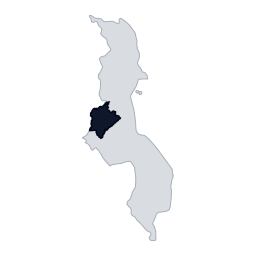 Kasungu, Kasungu, Malawi (highlighted)
{"feature_id": "42251766B4237185447418", "entity_name": "Kasungu", "entity_type": "district", "adm_level": 2, "iso_a3": "MWI", "parent_name": "Malawi", "parent_adm1": "Kasungu", "projection": "orthographic", "projection_center": [33.451, -12.996], "detail": "fine", "context": "in_parent", "style": "filled", "palette": "ink", "viewbox_px": 256, "rotation_deg": 0, "n_neighbors": 0, "source": "geoboundaries", "source_scale": "gbopen_adm2", "svg_char_len": 7346}
<svg xmlns="http://www.w3.org/2000/svg" viewBox="0 0 256 256"><path d="M97.7,149.8L96.1,147.7L94.9,148.2L93.2,149.7L92.2,150.1L91.7,150.0L91.4,149.7L91.0,148.7L89.7,146.0L88.2,144.1L86.6,143.3L85.3,142.5L85.9,141.6L86.5,141.0L86.2,140.3L85.5,139.4L82.6,138.1L82.6,137.5L85.1,136.3L86.7,134.9L87.7,133.6L89.1,130.7L90.2,127.8L91.0,126.8L91.3,124.9L91.1,122.7L91.6,120.0L91.9,117.4L91.1,116.3L90.3,114.6L91.2,111.6L92.5,109.5L98.8,107.4L103.2,105.4L104.1,104.6L105.6,102.9L106.4,101.3L105.8,100.8L102.4,100.7L101.5,100.1L99.0,94.4L100.4,87.9L100.5,85.3L100.5,82.1L100.1,79.8L99.0,78.8L98.3,77.6L98.5,74.2L99.5,73.8L101.7,69.3L102.7,66.6L101.5,64.5L100.2,61.5L99.6,59.6L99.3,58.9L100.2,57.7L101.7,56.6L103.3,56.3L105.1,55.7L110.7,50.1L110.7,49.0L109.7,47.2L107.6,44.3L107.2,43.2L106.9,39.8L106.1,38.7L103.0,36.5L100.7,34.0L101.4,31.6L101.8,28.9L100.7,27.5L98.9,25.9L97.9,23.7L97.4,22.1L96.0,21.4L94.7,21.4L93.8,22.4L92.8,22.3L91.6,22.0L91.2,20.6L91.2,19.0L90.3,18.0L89.5,16.5L89.4,15.7L89.9,15.5L91.0,15.4L95.5,18.3L98.2,18.4L101.2,19.0L103.8,21.5L105.2,21.9L106.9,21.5L111.8,21.3L113.7,21.6L116.3,23.1L117.3,23.4L118.8,23.4L119.1,23.0L119.3,22.1L119.0,20.3L119.4,19.3L120.3,18.3L123.0,19.5L129.7,25.2L129.9,25.9L134.1,31.5L135.5,33.9L135.5,35.1L136.8,40.0L137.0,42.3L136.7,44.1L136.8,45.4L137.3,47.4L137.1,48.3L138.6,51.2L139.3,53.7L139.5,56.1L139.1,58.4L137.7,61.8L137.5,63.2L137.8,64.4L138.6,65.8L140.0,67.3L141.1,69.1L141.9,71.1L142.5,72.1L143.2,72.1L144.7,72.4L145.8,73.6L147.1,75.6L147.5,78.0L147.7,79.0L143.9,78.9L139.2,79.3L138.0,80.2L137.6,82.2L136.1,86.4L135.3,87.9L133.5,90.7L131.0,94.7L130.5,96.0L130.6,97.3L132.0,102.7L133.5,108.4L134.0,110.6L135.1,118.2L135.7,123.5L135.7,126.6L136.2,130.8L137.6,133.1L139.0,134.5L144.3,135.4L145.9,136.5L148.9,139.1L155.5,146.6L159.1,151.3L162.2,155.5L167.8,163.2L172.2,169.2L172.7,174.9L173.4,175.7L171.9,179.8L170.8,186.5L171.5,191.0L171.1,198.6L170.2,206.7L169.2,209.6L167.9,210.7L164.8,211.5L158.0,212.5L157.0,213.4L156.1,215.0L154.8,218.7L153.1,222.4L152.6,224.0L152.9,224.4L154.3,226.4L155.7,231.3L155.9,239.7L155.4,240.3L153.4,240.6L151.3,240.5L150.4,240.0L149.6,239.1L149.1,237.3L150.5,236.1L151.0,233.9L150.1,232.0L148.3,231.6L146.0,229.8L141.2,224.2L137.1,220.2L134.8,216.9L132.4,215.6L131.7,214.8L131.1,213.4L131.1,211.5L131.3,210.0L130.6,208.3L128.1,205.8L127.0,204.4L127.0,202.7L128.0,201.0L130.1,199.1L131.7,195.0L132.3,192.4L135.3,187.2L135.7,182.7L135.8,179.0L135.7,176.3L134.9,170.7L134.4,166.9L130.8,161.8L129.6,161.3L126.1,161.8L123.1,162.5L121.6,163.5L119.3,163.6L113.4,164.5L111.6,164.8L110.5,165.7L109.9,165.9L106.2,162.0L103.0,157.8L98.8,150.6L97.7,149.8ZM140.8,94.5L139.8,94.7L139.2,94.2L139.3,92.6L139.7,91.5L140.7,91.3L141.4,91.6L141.9,92.1L141.9,93.0L141.6,93.8L140.8,94.5ZM138.6,91.6L138.0,93.2L136.9,93.1L135.8,91.8L136.1,90.7L137.2,90.4L138.1,90.8L138.6,91.6Z" fill="#d9dde1" stroke="#a8b0b8" stroke-width="1"/><path d="M111.8,126.0L111.7,125.8L111.8,125.4L112.1,125.4L112.3,125.2L112.5,125.2L112.8,124.9L113.0,124.7L113.5,124.5L113.4,124.1L113.5,123.9L113.5,123.7L113.9,123.5L114.0,123.4L114.3,123.0L114.6,122.9L114.7,123.0L114.9,123.0L114.9,122.9L115.0,122.9L115.3,122.7L115.2,122.5L115.2,122.3L115.1,122.1L115.2,121.9L115.6,121.8L115.8,121.6L116.1,121.6L116.3,121.7L116.5,121.5L116.5,121.4L117.1,121.2L117.3,120.8L117.6,120.7L117.8,120.6L118.1,120.5L118.3,119.7L118.5,119.4L118.8,119.3L119.0,119.3L119.1,119.2L119.3,119.0L119.4,118.9L119.8,118.7L120.0,118.6L120.3,118.5L120.4,118.0L120.1,117.8L119.8,117.7L119.7,117.5L119.6,117.4L119.4,117.3L119.3,117.1L119.2,117.1L119.0,116.6L118.9,116.2L117.9,115.7L116.9,115.6L116.5,115.6L116.4,115.6L116.1,115.5L116.0,115.2L115.9,115.1L115.7,115.1L115.4,115.1L115.2,114.8L115.0,114.6L115.1,114.3L115.2,114.1L115.2,113.8L115.2,113.7L115.4,113.5L115.3,113.3L115.3,113.2L115.2,113.1L115.2,112.9L115.3,112.8L115.3,112.7L115.5,112.3L115.6,112.2L115.6,111.8L115.5,111.7L115.1,111.7L114.8,111.7L114.5,111.7L114.5,111.9L114.3,111.9L114.1,111.7L113.9,111.5L113.8,111.4L113.9,111.2L113.7,111.1L113.3,111.1L113.2,111.1L113.0,111.3L112.7,111.3L112.4,111.5L112.0,112.0L111.6,112.2L111.4,112.3L111.2,112.4L110.9,112.4L110.7,112.6L109.8,111.8L109.7,111.2L109.0,110.4L108.6,110.6L108.2,110.9L107.7,109.9L107.6,108.5L107.7,108.2L107.9,108.0L108.1,107.8L108.4,107.6L108.4,107.3L108.3,107.2L108.2,107.2L107.9,106.8L107.9,106.6L107.7,106.5L107.7,106.1L107.6,105.7L107.5,105.4L107.4,105.2L107.1,104.7L107.4,104.4L108.5,104.1L108.4,103.5L109.1,102.0L108.7,102.0L108.4,102.3L107.5,102.3L107.2,102.2L106.7,102.4L106.4,102.5L106.2,102.8L106.2,103.0L105.8,103.1L105.6,103.2L105.4,103.2L105.3,103.4L105.2,103.4L105.2,103.6L105.4,104.0L105.5,104.3L105.2,104.6L104.8,104.6L104.7,104.7L104.4,104.9L104.1,105.0L104.1,105.3L103.9,105.4L103.8,105.6L103.5,105.8L103.7,106.0L103.5,106.3L103.3,106.3L103.1,106.5L102.9,106.7L102.7,107.1L102.3,107.3L102.1,107.4L102.0,107.2L101.8,107.0L101.4,107.0L101.3,106.9L101.3,106.7L101.1,106.6L100.9,106.5L100.7,106.6L99.8,106.7L99.6,106.8L99.4,107.1L98.7,108.1L98.3,108.5L97.9,108.6L97.7,108.7L97.6,108.9L97.3,109.5L97.1,109.8L97.0,109.7L96.9,109.6L97.1,108.8L96.9,108.7L96.6,108.6L96.2,108.4L95.8,108.5L95.7,108.5L95.4,108.6L95.2,108.9L94.9,108.8L94.6,108.4L93.8,108.7L93.3,109.1L93.0,109.5L92.7,109.9L92.3,110.4L92.3,110.6L92.1,111.3L92.0,111.7L91.6,112.2L91.3,112.5L90.8,113.0L90.7,113.2L90.7,115.0L90.6,115.5L90.7,115.9L90.9,116.0L91.5,116.5L91.7,116.8L91.9,116.9L92.2,117.0L92.3,117.1L92.6,117.7L92.6,117.9L92.4,118.1L92.3,118.8L92.2,119.4L92.2,119.7L92.2,119.9L92.1,120.1L91.8,120.3L91.7,120.7L91.6,120.9L91.4,121.0L91.5,121.2L91.7,121.6L91.6,122.1L91.3,122.5L91.3,123.0L91.2,123.4L91.2,123.6L91.3,123.9L91.3,124.1L91.3,124.3L91.2,124.6L91.3,124.7L91.7,125.3L92.1,126.1L92.3,126.3L92.3,126.5L91.7,126.7L91.4,126.9L91.2,127.3L91.1,127.7L91.0,127.8L90.6,127.9L90.4,128.0L90.2,128.3L89.9,129.5L89.6,130.3L89.8,130.7L95.8,130.2L96.2,130.4L96.3,130.5L96.3,130.9L96.4,131.4L96.3,131.6L96.3,131.8L96.2,131.9L96.1,132.1L96.2,132.4L96.3,132.5L96.5,133.1L96.7,133.3L96.7,133.5L96.9,133.7L97.0,133.9L97.0,134.3L97.0,134.8L97.3,135.1L97.7,135.3L98.1,135.6L98.7,136.1L98.9,136.4L99.0,136.4L99.1,136.6L99.0,136.9L99.1,137.1L99.5,137.2L100.0,137.1L100.2,137.3L100.3,137.6L100.4,137.8L100.5,138.0L100.8,138.3L101.0,138.2L101.3,138.1L101.7,137.9L101.7,137.7L102.0,137.7L102.2,137.4L102.3,137.3L102.6,137.2L102.7,136.8L102.7,136.3L102.7,136.1L102.7,135.9L102.5,135.7L102.6,135.2L102.6,134.9L102.7,134.6L102.9,134.5L103.1,134.5L103.2,134.4L103.4,134.6L103.5,134.5L103.5,134.4L103.5,134.2L103.5,133.9L103.7,134.0L103.9,133.8L104.1,133.6L104.1,133.4L104.2,133.1L104.2,132.8L104.4,132.7L104.4,132.3L104.6,132.3L104.6,132.2L104.8,132.0L104.8,131.9L104.9,131.7L104.9,131.4L105.0,131.3L104.8,131.1L105.1,130.9L105.1,130.7L105.0,130.3L104.7,130.1L104.7,129.9L104.8,129.7L104.9,129.3L105.0,129.2L105.1,129.4L105.3,129.5L105.6,129.6L105.7,129.8L105.9,129.8L106.1,130.0L106.4,130.1L106.5,129.9L106.8,130.1L107.0,130.0L107.1,129.3L107.4,129.5L107.5,129.5L107.6,129.4L107.5,129.2L107.4,128.9L107.4,128.7L107.5,128.5L108.3,128.5L108.4,128.4L108.5,128.2L108.7,127.6L108.5,127.4L108.5,127.2L108.8,127.0L109.1,126.9L109.3,127.0L109.5,126.9L109.6,127.0L109.7,126.9L109.9,127.0L109.9,126.9L110.0,126.7L110.4,126.5L110.5,126.3L110.7,126.2L110.9,126.2L111.0,126.1L111.3,126.1L111.5,126.2L111.8,126.0Z" fill="#0f172a" stroke="#020617" stroke-width="1.5"/></svg>